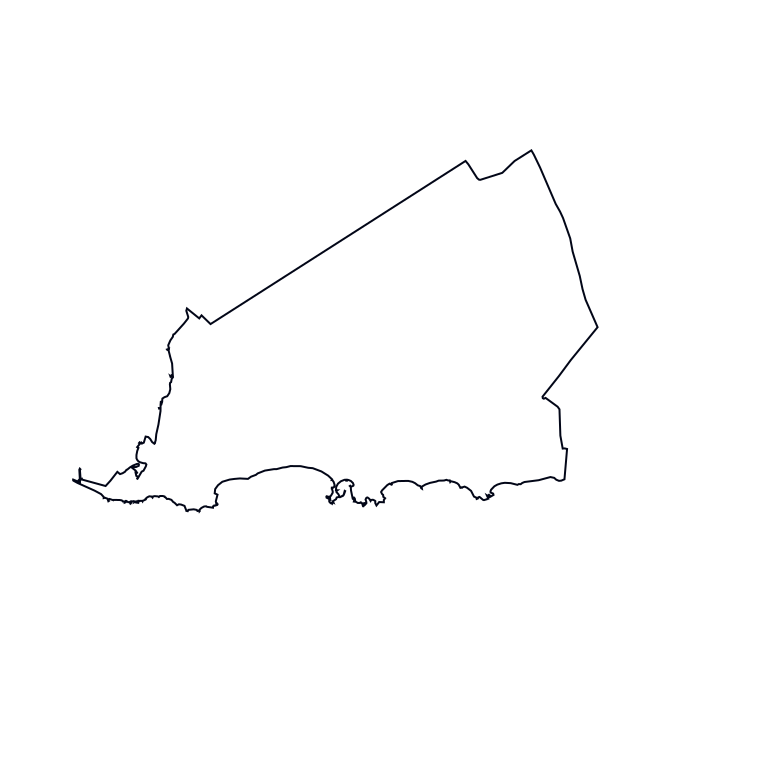 outline of Muntazah, Al Iskandariyah, Egypt, rotated 220°
{"feature_id": "37247803B90463856595624", "entity_name": "Muntazah", "entity_type": "district", "adm_level": 2, "iso_a3": "EGY", "parent_name": "Egypt", "parent_adm1": "Al Iskandariyah", "projection": "orthographic", "projection_center": [30.035, 31.264], "detail": "fine", "context": "isolated", "style": "outline", "palette": "ink", "viewbox_px": 768, "rotation_deg": 220, "n_neighbors": 0, "source": "geoboundaries", "source_scale": "gbopen_adm2", "svg_char_len": 6166}
<svg xmlns="http://www.w3.org/2000/svg" viewBox="0 0 768 768"><g transform="rotate(220 384 384)"><path d="M256.9,564.8L283.7,578.1L292.9,584.3L303.5,592.6L324.6,606.7L334.9,615.2L353.5,626.2L359.9,629.2L368.2,632.3L403.5,650.1L416.6,656.0L421.3,657.7L427.3,638.8L429.1,621.8L441.4,602.4L442.5,601.6L445.0,601.6L460.6,606.5L464.9,607.3L555.4,318.4L567.9,319.3L567.7,315.5L583.5,315.2L582.5,313.0L577.0,309.5L576.3,308.2L576.1,301.6L576.6,287.8L577.2,286.5L576.1,284.4L575.7,280.1L574.2,275.0L571.4,272.7L572.4,271.0L572.0,270.9L571.3,272.6L570.4,271.1L566.5,268.3L567.0,268.0L566.5,268.2L559.5,263.5L550.9,254.4L552.2,254.1L551.7,253.4L552.2,252.6L552.6,252.6L552.1,252.3L551.4,253.5L551.6,253.9L550.7,254.3L550.0,253.6L549.9,251.4L548.3,248.6L548.6,247.5L547.9,246.2L544.4,242.7L542.6,239.0L542.2,235.3L543.7,232.8L544.4,230.4L542.6,227.8L543.5,227.2L543.9,227.4L543.4,226.7L543.4,227.1L542.4,227.5L541.3,225.0L541.5,224.1L539.6,221.8L540.9,220.9L540.5,220.6L539.5,221.7L537.8,219.6L530.7,207.9L526.2,199.2L522.7,194.1L522.3,193.1L522.9,193.3L522.3,193.0L521.4,191.4L521.5,190.6L524.4,190.5L527.7,191.6L530.5,191.8L532.8,190.5L530.3,184.7L531.0,183.1L532.0,183.2L531.9,182.4L533.7,182.3L533.7,181.3L532.6,181.3L532.5,177.0L531.1,177.2L530.0,174.1L528.0,170.5L525.9,168.0L524.5,167.3L522.5,166.9L520.7,167.2L517.7,168.5L515.7,169.9L514.3,169.6L513.5,167.8L512.5,163.0L513.3,161.1L511.9,153.1L512.1,152.1L512.5,153.9L513.6,154.7L514.7,154.4L517.2,156.3L516.2,156.7L516.1,157.3L518.6,158.0L523.0,157.9L522.9,158.9L520.6,161.0L519.3,163.7L520.1,164.9L521.1,164.8L521.9,163.9L523.9,160.1L525.0,156.9L525.7,153.2L526.1,152.8L526.0,150.3L526.9,147.6L528.3,145.3L531.8,145.3L531.4,134.1L531.7,126.9L553.9,116.7L555.3,117.9L554.8,117.3L554.8,114.6L553.4,112.9L554.5,112.4L555.2,113.4L555.2,115.4L555.6,116.4L561.5,122.5L561.7,123.5L562.6,123.6L562.3,122.5L556.0,115.8L556.1,112.4L560.7,111.0L560.5,110.6L559.8,110.3L555.2,111.2L537.1,116.3L529.9,117.8L526.1,117.3L525.4,116.4L524.6,117.5L522.1,118.4L519.8,117.0L519.6,117.6L520.4,117.8L520.9,118.6L520.4,119.5L516.6,121.0L516.6,121.4L512.1,125.1L510.1,126.3L508.3,126.2L507.8,127.0L506.9,127.0L506.4,126.4L506.0,127.2L506.8,127.6L506.3,127.6L506.6,128.5L506.2,128.8L504.0,129.0L503.0,130.0L501.3,129.3L501.2,129.7L501.7,130.0L502.9,130.3L502.4,131.6L501.4,131.6L501.5,132.1L500.4,133.4L499.8,133.1L499.2,133.8L499.1,133.3L498.7,134.2L497.8,134.2L498.1,134.0L497.8,133.8L496.7,134.5L497.4,134.7L497.6,135.6L497.2,135.9L497.2,136.3L496.6,136.2L496.8,136.7L496.0,137.0L496.1,137.4L494.1,139.1L493.5,138.9L493.7,139.6L492.6,141.6L492.8,142.4L492.4,142.7L492.8,143.2L492.5,145.1L491.6,147.1L489.7,148.4L488.3,148.2L488.6,149.5L487.6,150.7L484.9,152.6L483.8,152.7L483.6,154.2L481.5,156.0L479.8,156.8L479.2,156.5L479.9,156.2L478.5,156.7L476.4,156.4L475.1,157.6L472.4,158.6L469.4,158.1L468.3,158.4L464.6,158.1L463.8,160.0L462.0,161.2L458.5,162.4L454.1,160.0L452.9,160.8L453.0,160.2L452.6,160.4L452.9,161.9L449.2,165.7L446.5,167.2L445.3,166.8L444.2,168.2L443.5,167.7L443.5,168.3L444.4,168.7L444.5,169.1L444.2,171.7L443.1,174.5L441.6,176.0L440.7,176.1L435.5,179.3L436.3,180.4L435.9,181.2L436.0,181.8L435.1,182.4L434.0,184.2L434.2,184.9L435.0,184.8L434.9,184.2L435.3,184.2L435.8,184.8L435.4,184.8L435.5,185.1L436.0,184.9L437.4,186.0L440.4,192.2L443.4,191.4L445.8,195.0L446.1,199.8L445.0,205.2L440.8,211.6L437.5,215.2L433.7,219.0L427.2,223.9L426.3,227.5L423.7,232.1L423.3,234.3L419.6,241.1L413.7,247.9L411.6,249.7L408.0,254.8L405.4,257.5L402.9,261.0L395.0,267.5L388.2,271.1L384.5,273.7L375.7,276.8L367.9,277.9L362.5,277.6L362.3,276.9L362.0,277.2L359.8,276.7L356.9,274.9L356.0,272.8L356.3,271.9L357.3,271.3L357.9,271.8L357.0,270.6L356.6,271.0L356.7,270.4L354.3,268.8L353.4,267.7L352.8,264.1L353.7,261.6L354.7,261.5L355.3,262.3L355.0,261.6L355.8,261.1L355.7,260.6L354.9,260.0L352.6,260.6L352.2,261.2L352.7,261.6L352.2,262.2L350.7,260.7L350.6,259.9L351.6,260.2L350.3,258.7L348.3,258.4L347.8,259.1L346.7,258.9L346.8,260.1L347.5,260.7L346.8,260.8L347.8,261.3L346.7,264.9L347.3,266.7L345.7,268.8L345.0,268.9L343.5,272.1L343.6,273.4L344.9,277.0L345.4,276.9L343.7,273.3L343.7,272.2L345.1,269.0L345.7,269.0L347.8,270.2L351.0,270.7L351.6,271.8L351.4,272.6L352.5,271.7L354.5,274.5L355.2,278.1L354.5,281.8L352.7,285.2L351.3,286.5L350.9,285.7L350.4,286.0L350.9,286.6L349.6,287.6L347.1,288.4L344.2,288.2L342.4,287.2L342.1,286.3L343.3,284.0L344.5,284.3L344.6,283.9L343.3,283.8L340.8,281.2L334.2,276.0L333.8,276.0L334.7,277.1L334.1,277.7L332.8,277.5L331.1,276.1L331.8,275.4L331.5,274.6L329.8,275.7L327.7,276.0L326.4,277.0L325.8,278.3L325.4,278.0L324.2,278.6L320.9,276.5L321.4,277.4L320.9,279.2L321.2,279.7L321.4,279.0L321.9,279.6L322.5,279.2L322.7,280.0L322.2,280.4L322.1,279.8L321.3,280.3L321.0,279.6L320.8,281.2L321.5,282.1L323.9,283.7L324.3,285.3L324.0,286.2L323.6,286.5L321.4,286.6L319.1,285.8L319.3,286.9L318.1,288.2L316.3,288.7L315.4,288.7L314.2,287.2L311.7,286.1L311.8,290.5L308.1,293.3L309.6,295.1L309.7,297.2L312.0,297.1L313.4,298.5L314.8,298.5L316.8,299.4L317.1,301.3L316.5,308.7L315.7,311.2L313.5,311.7L313.4,312.0L314.4,312.5L314.5,312.9L310.9,318.6L303.2,325.3L299.4,327.3L296.4,328.0L293.0,328.1L290.5,329.1L288.5,328.1L287.7,328.2L289.0,329.3L288.8,330.4L287.6,333.7L285.2,337.8L281.3,342.8L280.0,345.1L276.0,348.6L274.6,350.7L272.7,351.4L271.7,352.4L270.3,351.5L270.3,352.5L266.8,354.2L264.0,355.0L262.0,354.9L259.5,353.9L258.6,354.4L258.4,353.9L257.6,354.8L257.3,354.2L257.5,355.4L256.3,357.2L253.7,357.9L248.6,358.1L242.7,355.6L240.2,356.3L239.1,355.5L238.5,356.6L238.9,357.9L238.2,358.9L233.7,358.9L232.8,359.3L231.0,362.0L231.1,362.9L230.5,363.2L230.9,363.6L230.8,364.2L232.4,364.2L233.6,364.8L232.8,364.9L232.4,366.6L230.9,366.6L230.8,365.6L230.2,365.6L228.8,369.4L229.9,370.2L232.6,369.4L233.5,370.3L234.0,371.9L233.7,376.6L232.5,379.8L230.3,383.3L227.9,386.0L223.2,389.5L217.0,392.5L216.4,394.0L214.9,395.1L214.5,397.0L213.4,399.2L203.7,409.7L196.7,419.7L193.3,421.5L190.5,421.4L187.7,422.3L186.1,423.9L184.5,427.0L202.0,451.9L204.2,450.8L205.6,449.4L215.7,457.8L233.3,477.4L236.4,478.2L251.3,477.2L252.1,475.5L253.2,475.2L254.4,476.2L255.1,502.5L256.3,522.3L256.9,564.8Z" fill="none" stroke="#020617" stroke-width="2"/></g></svg>